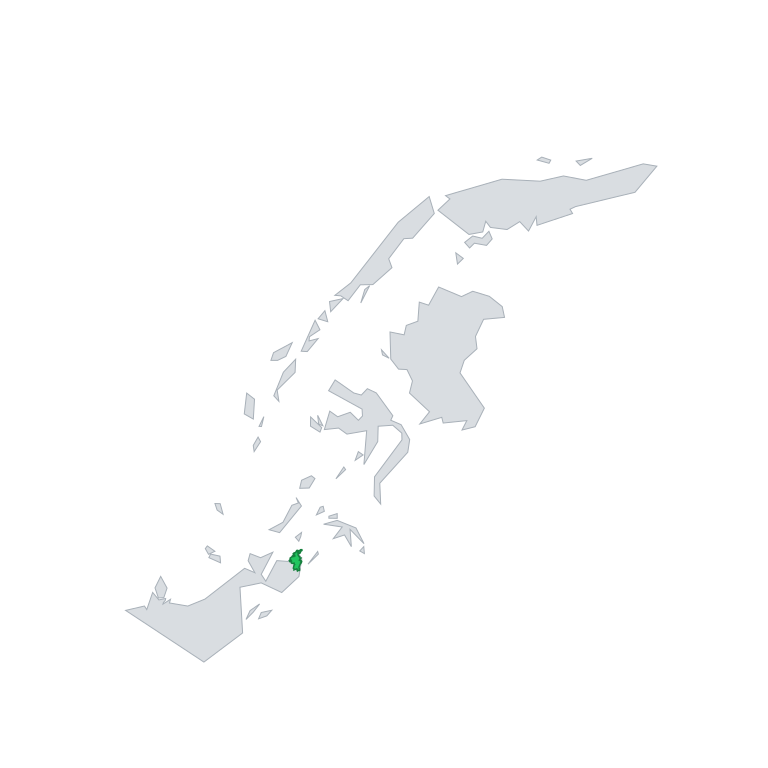 Sorong, Papua Barat, Indonesia shown in context, rotated 123°
{"feature_id": "22746128B25112391877259", "entity_name": "Sorong", "entity_type": "district", "adm_level": 2, "iso_a3": "IDN", "parent_name": "Indonesia", "parent_adm1": "Papua Barat", "projection": "albers", "projection_center": [131.348, -1.055], "detail": "fine", "context": "in_parent", "style": "filled", "palette": "green", "viewbox_px": 768, "rotation_deg": 123, "n_neighbors": 0, "source": "geoboundaries", "source_scale": "gbopen_adm2", "svg_char_len": 7334}
<svg xmlns="http://www.w3.org/2000/svg" viewBox="0 0 768 768"><g transform="rotate(123 384 384)"><path d="M262.5,319.2L275.5,335.7L294.3,333.2L303.8,325.2L320.4,329.6L333.3,326.3L349.6,286.7L370.2,284.3L380.1,293.5L369.6,294.6L384.5,313.1L380.5,317.4L398.0,332.2L382.5,330.7L377.7,357.7L365.9,361.8L359.4,372.6L363.6,379.9L359.4,391.9L337.1,407.3L331.8,393.9L322.7,397.2L312.9,389.8L296.1,399.0L293.6,389.5L272.9,391.0L268.5,366.6L257.9,360.1L253.1,343.4L254.7,327.0L262.5,319.2ZM52.7,273.8L86.5,277.9L130.8,319.9L136.1,323.2L138.3,318.7L167.6,342.1L160.8,347.5L177.0,346.1L173.9,358.6L187.4,364.9L194.7,380.0L192.1,387.3L202.7,384.0L212.3,394.2L208.9,433.4L192.9,429.5L192.5,435.0L148.0,396.6L128.8,363.4L111.8,346.8L103.0,325.3L58.2,286.5L52.7,273.8ZM715.3,383.6L714.6,477.4L700.7,464.0L702.4,460.1L684.8,464.5L687.7,455.2L682.8,450.3L684.5,449.6L687.4,450.0L689.0,449.5L680.8,445.8L684.5,444.7L677.1,427.6L661.9,417.0L614.5,400.5L612.6,389.5L606.2,401.7L599.2,403.9L596.9,392.9L585.6,385.6L610.5,383.3L613.8,375.7L590.5,377.7L585.1,367.9L571.6,365.9L575.4,357.7L591.8,350.5L614.6,356.2L617.7,378.7L632.9,394.1L669.8,367.0L715.3,383.6ZM483.3,331.3L467.0,341.4L421.1,338.5L415.5,342.3L413.8,354.2L422.6,365.9L435.7,357.9L462.5,357.0L432.6,373.1L446.2,387.8L445.7,398.1L454.7,409.2L436.3,414.7L436.7,405.0L426.1,396.9L428.4,385.7L422.6,384.6L417.0,388.7L419.8,426.8L407.2,427.2L408.0,404.5L405.6,397.0L397.0,395.4L395.7,385.6L405.8,359.3L410.7,358.6L408.8,347.5L416.6,332.2L428.3,326.9L469.5,333.5L486.5,321.4L483.3,331.3ZM213.6,434.7L246.1,439.4L251.3,446.5L276.4,448.3L282.1,440.7L306.7,447.5L313.7,457.9L333.7,459.5L333.6,468.3L336.4,473.5L317.3,466.9L240.6,460.2L202.2,448.2L213.6,434.7ZM524.4,333.3L538.2,322.8L532.1,334.9L541.3,342.3L526.7,341.2L534.5,358.3L523.9,349.0L520.0,329.1L528.8,313.8L524.4,333.3ZM531.3,386.8L565.5,390.6L568.8,401.0L555.0,393.4L535.9,395.2L530.4,391.0L527.1,395.9L531.3,386.8ZM453.9,470.0L428.9,474.8L411.3,471.6L422.7,464.9L447.3,470.3L455.8,462.7L453.9,470.0ZM381.8,464.0L398.6,466.0L401.6,471.3L368.1,476.5L373.4,467.3L385.0,472.3L388.7,470.3L381.8,464.0ZM484.6,474.5L485.2,484.9L466.4,494.2L467.3,484.3L484.6,474.5ZM211.9,373.5L216.7,384.9L223.3,386.3L221.3,393.5L211.6,390.2L208.3,381.0L198.8,379.2L203.4,372.3L211.9,373.5ZM679.7,465.0L667.0,466.5L673.3,454.8L683.1,452.3L686.3,456.7L679.7,465.0ZM414.3,481.3L422.1,486.1L425.8,491.7L417.9,493.7L399.3,483.5L414.3,481.3ZM512.0,390.1L517.4,397.9L509.6,400.7L500.5,394.9L500.9,390.4L512.0,390.1ZM334.7,464.9L352.4,468.1L344.5,474.6L334.7,464.9ZM362.4,465.1L365.2,474.8L354.7,473.5L362.4,465.1ZM243.4,387.7L234.9,395.2L235.5,385.9L243.4,387.7ZM623.0,423.7L625.0,436.3L621.1,436.8L617.7,427.8L623.0,423.7ZM328.7,447.6L315.2,451.6L309.4,449.6L328.7,447.6ZM459.2,411.5L459.4,422.7L451.6,427.6L454.5,412.5L459.2,411.5ZM81.3,332.3L93.8,338.4L92.4,344.3L81.3,332.3ZM112.7,377.5L107.8,375.3L105.4,366.1L109.0,365.8L112.7,377.5ZM576.3,460.7L573.6,456.2L580.9,448.0L580.6,455.3L576.3,460.7ZM562.4,346.4L576.5,349.6L560.6,348.4L562.4,346.4ZM476.7,369.6L489.7,372.7L475.5,372.5L476.7,369.6ZM453.2,417.0L446.4,422.6L452.3,412.5L453.2,417.0ZM634.9,354.9L642.3,356.0L649.2,361.3L642.5,362.5L634.9,354.9ZM511.4,456.1L506.7,460.2L497.1,460.7L499.6,456.1L511.4,456.1ZM622.4,438.4L619.4,444.2L616.0,444.0L616.4,434.7L622.4,438.4ZM530.6,369.4L522.1,370.4L519.7,368.4L523.3,364.7L530.6,369.4ZM636.2,368.5L646.6,369.4L656.6,371.5L647.0,372.9L636.2,368.5ZM454.9,362.9L463.7,366.6L454.7,368.7L454.9,362.9ZM537.2,313.4L531.4,312.4L536.9,308.1L537.2,313.4ZM476.8,467.0L486.4,463.6L487.6,465.7L476.8,467.0ZM562.3,369.8L560.8,374.9L553.4,372.3L557.1,370.8L562.3,369.8ZM360.4,401.1L356.7,404.7L359.6,393.7L360.4,401.1ZM522.1,350.1L526.6,357.1L524.9,358.2L518.2,352.7L522.1,350.1Z" fill="#d9dde1" stroke="#a8b0b8" stroke-width="1"/><path d="M575.5,358.9L575.6,359.0L575.5,359.4L575.6,359.5L575.6,359.8L575.4,359.8L575.1,360.4L575.1,360.6L575.1,360.8L574.9,361.0L575.0,361.1L575.0,361.3L574.8,361.5L574.7,361.7L574.7,361.9L574.7,362.0L574.5,362.3L574.1,363.1L573.8,363.2L573.7,363.3L573.4,363.4L573.0,363.4L572.9,363.3L572.6,363.4L572.5,363.5L572.4,363.5L572.2,363.9L572.2,364.0L572.1,364.3L571.9,364.5L571.8,364.9L571.7,365.0L571.6,365.4L571.4,365.5L571.2,365.5L571.1,365.8L570.9,365.9L570.8,366.0L570.7,366.0L570.8,366.3L571.3,366.4L571.5,366.5L572.2,366.4L572.5,366.4L572.9,366.4L573.0,366.3L573.3,366.4L573.4,366.5L573.6,366.6L573.8,366.6L574.0,366.6L574.2,366.8L574.4,366.9L574.5,367.2L574.5,367.4L574.7,367.5L575.1,367.4L575.2,367.2L575.5,367.2L575.9,367.1L576.2,366.9L576.3,366.8L576.5,366.5L576.5,366.4L576.5,366.2L576.2,365.8L576.3,365.7L576.5,365.4L576.6,365.2L576.8,365.1L576.9,365.4L577.0,365.6L577.1,365.8L577.1,365.7L577.3,365.7L577.3,365.8L577.4,366.0L577.5,366.0L577.8,365.9L577.8,366.0L577.7,366.1L577.4,366.2L577.2,366.3L577.2,366.5L577.4,366.7L577.8,366.9L578.0,367.1L578.4,367.2L578.5,367.1L578.7,366.8L580.0,367.5L581.2,367.9L581.4,367.7L581.6,367.4L581.9,367.0L582.1,366.7L582.3,366.3L582.4,366.7L582.7,367.0L583.4,367.2L584.0,366.9L584.2,366.2L583.8,366.1L583.7,365.9L583.6,365.7L583.6,365.4L583.6,365.2L583.6,364.9L583.8,364.9L584.2,364.6L584.4,364.5L584.5,364.4L584.5,363.9L584.6,363.6L584.2,363.0L584.0,362.5L583.9,362.4L583.6,362.2L583.2,361.8L584.4,360.9L584.3,360.6L584.7,360.6L584.8,360.6L585.2,360.7L585.7,360.5L587.9,359.7L588.3,358.9L588.2,358.8L588.1,358.7L588.1,358.4L588.3,358.3L588.3,358.2L588.7,358.1L587.7,357.4L586.9,356.6L586.6,356.6L586.5,356.3L586.5,356.1L586.6,355.8L586.8,355.8L587.6,355.2L587.9,355.1L588.0,354.8L587.5,354.7L586.7,353.8L586.4,353.3L585.8,353.5L585.3,354.1L585.1,354.2L585.0,354.3L584.8,354.4L584.8,354.5L584.6,354.9L584.4,355.2L584.2,355.3L583.9,355.4L583.8,355.5L583.6,355.6L583.4,355.7L583.2,355.7L582.9,355.8L582.4,355.8L581.9,355.9L581.5,356.1L581.2,356.1L580.7,356.1L580.3,356.1L580.1,356.2L579.9,356.3L579.7,356.5L579.4,356.5L579.2,356.5L579.3,356.4L579.5,356.2L579.4,356.2L579.2,356.0L578.8,356.0L578.6,356.2L578.4,356.3L578.2,356.3L577.8,356.4L577.6,356.4L577.5,356.6L577.4,356.7L577.4,356.9L577.4,357.0L577.5,357.1L577.4,357.3L577.4,357.2L577.3,357.3L577.2,357.3L577.3,357.3L577.3,357.5L577.5,357.6L577.4,357.7L577.4,357.8L577.5,357.8L577.7,358.0L577.7,358.3L577.8,358.4L577.8,358.5L577.8,358.8L577.9,359.0L577.7,359.1L577.3,359.1L576.9,359.1L576.7,359.1L576.4,359.1L576.2,359.0L576.0,358.9L575.9,358.8L575.7,358.9L575.5,358.9ZM567.8,362.5L568.0,362.6L568.0,362.8L567.9,363.0L568.0,363.3L568.2,363.5L568.3,363.6L568.5,363.5L568.8,363.6L569.0,363.7L569.0,363.8L569.2,364.0L569.4,364.1L569.7,364.2L569.8,364.3L570.0,364.3L570.2,364.5L570.3,364.5L570.5,364.6L570.9,364.9L571.1,365.0L571.3,364.9L571.5,364.6L571.6,364.3L571.7,364.2L571.8,363.9L571.9,363.7L572.1,363.6L572.3,363.3L572.2,363.1L572.1,362.9L572.1,362.7L571.8,362.5L571.6,362.4L571.3,362.5L571.1,362.3L570.9,362.4L570.7,362.4L570.5,362.6L570.4,362.7L570.2,362.7L569.8,362.7L569.7,362.7L569.4,362.8L569.3,362.7L569.2,362.6L569.0,362.4L568.9,362.4L568.7,362.3L568.5,362.2L568.4,362.2L568.1,362.2L567.9,362.3L567.8,362.5ZM576.0,367.5L575.8,367.5L575.7,367.5L575.9,367.7L576.0,367.7L576.0,367.5ZM575.0,360.6L574.9,360.6L574.9,360.8L574.8,361.0L575.0,360.7L575.0,360.6ZM571.9,364.3L571.9,364.2L572.0,364.2L571.9,364.1L571.9,364.3L571.9,364.3ZM575.2,360.0L574.9,360.1L575.0,360.1L575.2,360.0Z" fill="#22c55e" stroke="#15803d" stroke-width="1.5"/></g></svg>